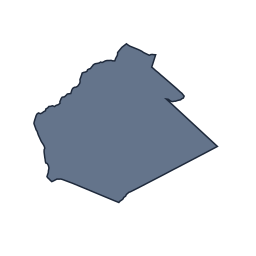 outline of Nova Soure, Bahia, Brazil, rotated 202°
{"feature_id": "56859067B28975289124766", "entity_name": "Nova Soure", "entity_type": "district", "adm_level": 2, "iso_a3": "BRA", "parent_name": "Brazil", "parent_adm1": "Bahia", "projection": "albers", "projection_center": [-38.498, -11.321], "detail": "fine", "context": "isolated", "style": "filled", "palette": "slate", "viewbox_px": 256, "rotation_deg": 202, "n_neighbors": 0, "source": "geoboundaries", "source_scale": "gbopen_adm2", "svg_char_len": 2170}
<svg xmlns="http://www.w3.org/2000/svg" viewBox="0 0 256 256"><g transform="rotate(202 128 128)"><path d="M108.6,55.5L108.0,57.2L106.7,59.1L106.0,60.5L106.0,61.9L104.7,63.9L104.6,65.8L103.7,67.4L103.2,68.6L102.0,69.6L95.2,77.4L77.3,98.3L73.0,103.4L69.8,107.2L68.3,108.9L46.7,134.3L38.2,144.4L103.4,169.2L101.4,169.7L99.5,169.2L97.9,168.9L96.5,169.2L95.1,170.2L93.9,170.7L92.7,171.8L91.2,172.9L89.8,173.8L89.2,175.1L87.9,176.5L87.9,178.6L89.5,179.5L91.1,180.4L92.9,180.9L97.9,182.8L109.8,186.9L111.6,187.5L113.3,188.1L115.7,188.9L117.9,189.6L119.7,190.3L121.2,190.8L122.6,191.2L124.2,191.7L126.0,192.4L127.4,192.9L128.8,193.3L129.8,206.3L131.4,205.7L133.1,205.3L134.4,204.6L135.5,203.4L141.8,203.8L143.9,204.3L146.0,204.5L148.0,204.6L149.7,204.6L151.6,204.6L153.3,204.6L155.2,204.6L156.8,204.6L158.2,204.8L159.5,205.1L161.0,205.5L163.9,200.5L165.9,194.1L165.4,192.8L165.1,191.4L165.3,189.9L165.5,187.7L165.4,185.3L167.4,184.5L169.0,184.4L170.6,183.6L172.8,182.7L174.3,181.6L175.5,180.1L176.6,179.0L178.1,178.9L179.0,177.6L180.5,176.5L182.5,175.3L183.8,173.7L184.2,172.0L184.7,170.6L185.1,169.0L186.2,168.2L187.3,166.9L187.2,165.5L188.2,164.1L190.0,162.9L191.1,161.8L190.9,159.7L190.8,157.6L190.7,155.0L189.7,152.8L189.5,151.2L189.9,149.5L190.3,147.9L191.5,146.4L193.0,145.6L194.1,144.0L194.3,142.0L194.1,140.3L194.0,138.5L195.8,137.5L197.0,136.8L197.7,134.9L198.6,133.1L200.6,131.9L201.0,130.3L201.0,128.3L201.0,126.8L200.3,125.4L201.4,123.5L203.1,122.1L204.1,120.4L206.4,120.3L208.0,119.0L209.5,118.3L210.0,116.5L211.3,114.9L211.0,113.0L212.3,111.5L213.3,109.8L214.5,108.5L216.7,108.4L217.7,106.7L217.8,104.6L217.6,102.6L217.5,100.8L217.3,98.9L217.0,97.2L216.3,96.2L214.4,94.1L212.5,91.9L210.9,90.8L209.8,89.4L208.5,87.9L206.9,86.4L205.0,84.6L203.3,83.0L201.0,81.4L199.5,80.3L198.5,79.3L197.6,78.1L197.6,76.4L196.9,74.5L196.1,73.0L195.2,71.4L194.2,69.6L193.1,67.9L192.3,66.4L191.2,64.8L189.6,64.8L187.8,63.4L186.3,61.3L185.8,58.6L185.2,56.8L185.1,54.4L184.9,52.5L183.6,51.7L182.2,51.2L180.5,50.4L178.6,49.7L177.6,50.7L176.3,52.2L174.8,54.0L172.7,54.8L171.2,55.5L169.7,55.7L158.5,56.0L113.8,55.5L108.6,55.5Z" fill="#64748b" stroke="#1e293b" stroke-width="1.5"/></g></svg>